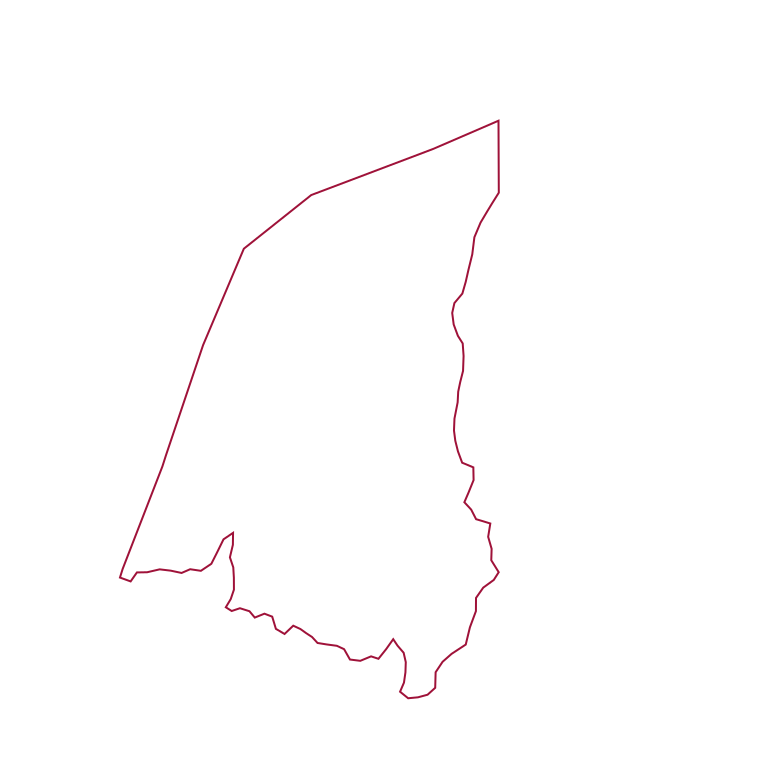 Várzea do Poço, Bahia, Brazil, rotated 25°
{"feature_id": "56859067B52245277672809", "entity_name": "Várzea do Poço", "entity_type": "district", "adm_level": 2, "iso_a3": "BRA", "parent_name": "Brazil", "parent_adm1": "Bahia", "projection": "equal_earth", "projection_center": [-40.289, -11.525], "detail": "fine", "context": "isolated", "style": "outline", "palette": "rose", "viewbox_px": 768, "rotation_deg": 25, "n_neighbors": 0, "source": "geoboundaries", "source_scale": "gbopen_adm2", "svg_char_len": 1436}
<svg xmlns="http://www.w3.org/2000/svg" viewBox="0 0 768 768"><g transform="rotate(25 384 384)"><path d="M558.8,637.7L552.6,623.4L554.5,611.0L559.3,600.0L568.2,585.6L564.7,568.2L563.3,551.0L557.8,539.0L560.0,526.6L566.3,515.2L567.5,506.1L555.7,498.4L551.2,487.9L543.0,478.5L539.3,465.5L532.0,466.5L524.6,467.6L516.1,461.0L506.8,457.2L506.5,446.7L505.8,433.2L500.2,421.8L488.1,422.3L479.5,413.8L472.6,405.3L467.1,396.6L462.5,385.6L458.5,369.5L454.5,359.6L452.3,350.2L450.1,338.7L444.3,325.0L438.2,314.0L430.6,309.1L422.0,300.6L415.8,290.8L413.6,280.9L416.8,268.9L414.9,256.9L412.3,244.9L409.2,229.2L403.9,212.8L403.3,196.9L404.6,183.9L405.7,174.1L407.2,162.1L376.5,97.0L329.1,150.3L238.2,243.5L199.8,320.6L203.6,425.2L216.5,540.6L218.0,552.4L225.3,662.1L226.5,671.0L237.8,670.0L239.7,659.2L248.9,654.7L259.0,646.8L269.6,643.3L280.4,640.8L286.6,633.8L297.0,630.7L303.5,619.9L303.9,607.5L304.2,592.6L310.1,582.7L315.0,593.6L317.6,606.2L324.9,613.9L329.8,623.0L334.9,633.8L336.0,643.7L335.0,653.2L341.9,654.1L348.2,648.1L358.1,646.8L365.6,650.3L372.7,642.7L381.0,642.1L389.5,651.6L399.5,652.6L403.9,641.4L411.8,641.4L418.7,642.7L425.7,643.7L433.2,646.8L442.0,644.3L451.9,641.2L459.9,641.2L469.6,648.1L479.5,644.9L487.4,636.3L495.1,635.4L498.0,623.4L500.2,611.4L506.8,615.4L515.4,619.3L521.3,626.9L525.3,636.3L528.3,646.2L528.6,656.1L538.7,658.6L547.2,653.6L554.8,647.2L558.8,637.7Z" fill="none" stroke="#9f1239" stroke-width="2"/></g></svg>